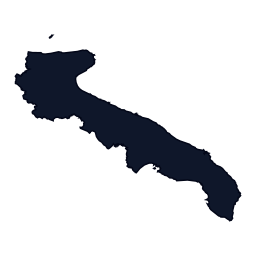 Puglia, Bari, Italy (Natural Earth projection)
{"feature_id": "23120603B69806914684511", "entity_name": "Puglia", "entity_type": "district", "adm_level": 2, "iso_a3": "ITA", "parent_name": "Italy", "parent_adm1": "Bari", "projection": "natural_earth1", "projection_center": [17.16, 41.008], "detail": "fine", "context": "isolated", "style": "filled", "palette": "ink", "viewbox_px": 256, "rotation_deg": 0, "n_neighbors": 0, "source": "geoboundaries", "source_scale": "gbopen_adm2", "svg_char_len": 5790}
<svg xmlns="http://www.w3.org/2000/svg" viewBox="0 0 256 256"><path d="M17.3,84.1L20.9,87.4L21.4,89.4L22.1,89.0L22.3,90.1L25.7,91.2L25.8,91.9L25.1,92.1L24.8,92.9L25.5,94.3L24.3,94.5L23.0,95.7L23.8,98.8L27.5,100.0L27.2,101.2L28.1,102.0L27.8,102.4L28.6,102.9L31.9,102.5L31.8,103.0L32.8,103.3L33.1,104.1L34.9,103.7L36.6,105.4L36.8,106.1L34.7,106.5L34.6,107.3L35.7,109.5L33.2,110.7L32.3,111.8L32.3,112.9L33.1,113.9L34.2,114.1L35.2,115.8L35.7,116.0L35.8,116.7L37.5,117.8L38.9,116.9L41.2,117.6L42.2,118.4L44.1,116.6L45.1,117.6L45.9,117.5L47.2,118.9L49.2,118.8L49.6,119.4L53.2,120.7L53.1,119.4L55.5,117.4L58.0,117.2L59.7,118.0L61.0,117.7L61.2,118.3L62.6,118.3L65.9,117.2L67.4,118.5L69.3,117.9L69.6,117.0L69.3,116.3L71.2,115.8L71.4,114.9L72.1,115.3L72.5,114.5L73.4,114.7L73.8,114.0L74.4,114.0L75.3,115.3L75.7,115.1L77.0,116.3L79.0,116.3L79.5,117.2L79.1,117.7L80.5,117.6L80.9,118.0L80.6,118.6L81.9,120.8L82.4,120.4L83.5,120.9L84.5,122.2L84.5,122.8L83.7,123.2L83.9,125.2L83.6,125.7L82.5,127.3L80.2,127.3L80.5,128.3L87.7,131.3L89.5,133.1L90.3,132.4L90.6,131.5L92.2,130.7L94.6,131.5L95.4,132.3L96.5,136.6L98.0,139.0L99.4,140.7L101.8,142.2L103.8,144.8L105.8,145.9L107.4,148.4L108.6,148.7L110.0,147.7L112.1,145.8L113.4,143.8L114.1,144.9L114.7,145.1L114.4,146.0L115.7,146.8L116.1,146.7L115.5,146.1L115.9,145.5L115.3,145.2L115.6,144.6L116.7,144.2L117.3,145.6L117.6,145.8L117.7,145.3L117.9,145.8L118.2,145.4L117.6,144.0L118.3,143.7L119.2,144.6L121.7,144.5L122.1,144.7L121.9,145.3L122.9,145.3L122.9,145.9L123.5,145.8L123.6,144.9L124.2,145.7L127.4,147.6L126.4,148.3L126.2,147.8L125.7,148.5L126.7,149.6L127.6,149.7L126.5,154.0L126.7,155.4L127.6,156.5L126.6,157.2L127.0,157.9L126.2,160.2L127.4,161.7L126.9,162.6L128.2,163.9L127.1,166.1L128.6,167.3L129.2,166.8L129.3,167.5L131.0,167.8L131.1,167.3L132.3,167.9L132.7,169.8L134.4,171.6L135.0,171.6L135.3,172.3L135.7,171.9L136.4,172.6L139.8,168.4L144.4,164.9L149.0,163.1L151.9,163.0L154.0,163.8L153.8,164.9L155.0,164.0L154.5,164.8L155.2,164.4L155.9,165.3L156.1,165.1L156.0,166.2L156.8,166.2L156.8,166.3L157.0,166.7L156.8,166.3L157.2,166.5L157.2,166.2L158.4,166.6L158.3,166.2L159.0,166.0L158.8,166.5L160.3,167.5L160.6,168.6L160.3,168.8L160.8,169.2L160.3,169.0L160.2,169.7L159.4,170.5L157.9,170.7L157.6,171.8L158.9,171.7L162.2,173.5L162.3,174.1L163.5,174.0L164.3,175.1L167.1,175.8L169.6,177.8L172.6,178.0L173.6,179.0L175.9,179.5L176.7,180.7L187.5,180.0L196.1,181.1L197.7,181.9L198.1,181.4L199.0,181.6L199.5,182.6L200.5,182.8L200.9,183.9L201.2,183.5L201.9,184.0L202.0,185.0L201.2,184.2L203.1,186.5L202.6,188.2L203.1,189.5L205.2,191.5L205.5,192.4L206.2,192.3L206.5,193.1L207.0,192.9L208.4,195.4L208.6,197.3L207.9,198.8L206.1,199.7L207.7,200.0L208.9,201.5L209.1,202.8L208.8,203.7L208.2,204.4L207.4,204.0L208.6,206.3L209.5,207.0L209.7,208.1L210.9,209.7L218.7,215.9L219.4,215.9L220.9,217.0L224.9,217.1L227.8,219.2L228.5,219.3L229.7,220.7L230.7,220.0L230.5,220.4L231.2,220.3L232.6,218.3L232.1,216.6L233.1,212.8L232.5,211.3L234.0,204.7L234.6,203.9L235.1,204.1L235.3,202.1L237.8,200.5L238.3,197.6L238.6,197.8L240.6,195.6L239.8,194.1L240.4,193.3L239.6,192.4L238.6,192.4L238.8,191.7L237.6,189.2L237.0,188.8L236.7,187.5L237.0,186.1L235.6,183.6L235.6,182.8L234.9,182.4L235.0,181.7L234.4,180.7L232.1,179.2L230.5,176.8L227.7,174.6L227.0,173.7L227.1,173.1L225.3,171.9L222.5,168.5L220.4,167.0L215.7,165.1L215.0,164.0L212.7,162.5L212.6,161.5L210.4,159.9L209.9,158.9L210.5,156.8L208.7,154.6L208.6,153.7L209.1,153.3L207.6,152.8L206.5,152.7L207.0,153.0L206.6,153.2L206.0,152.6L205.8,153.0L204.7,153.1L204.7,153.7L204.5,154.0L204.2,153.3L203.1,153.5L204.6,153.1L205.3,151.7L205.6,151.7L205.6,152.3L205.9,151.7L207.5,151.6L204.7,151.6L203.6,149.8L203.0,150.4L197.5,149.4L195.0,148.0L195.1,147.5L191.6,146.0L189.5,144.3L180.0,141.0L176.2,139.2L170.7,135.2L169.2,133.5L166.8,132.5L165.8,130.7L163.6,128.4L164.0,128.4L163.2,128.3L161.8,127.0L161.4,127.2L159.6,125.5L157.7,125.0L156.1,123.0L153.3,121.9L151.2,120.7L151.1,120.1L151.1,120.6L148.2,118.9L142.2,117.5L140.3,116.3L137.2,115.4L136.8,115.1L137.2,115.1L136.7,114.8L136.8,114.0L136.5,113.8L135.2,113.4L136.7,114.0L136.0,114.2L136.5,114.4L136.3,114.8L135.6,114.9L135.1,114.4L135.5,113.8L134.3,114.3L132.8,114.0L130.8,112.4L125.7,111.1L124.2,109.9L121.3,109.8L119.1,108.3L119.5,108.9L118.6,108.6L119.0,108.1L118.4,108.4L115.4,106.2L110.2,104.4L108.6,102.7L108.4,103.1L108.3,102.8L108.6,102.6L107.2,102.6L104.6,101.0L101.2,100.0L100.5,99.6L100.6,99.2L100.6,98.7L100.5,99.7L100.0,99.5L100.2,98.8L99.7,99.5L98.5,99.1L95.0,96.6L92.1,95.6L90.5,94.3L90.5,94.6L90.0,94.5L81.9,90.6L79.3,88.6L77.4,86.1L76.0,82.5L75.5,78.9L76.1,76.3L77.3,76.1L76.7,75.9L77.3,75.4L77.5,76.1L77.4,75.3L78.7,74.4L86.3,70.4L86.8,69.0L89.5,67.4L89.8,66.8L91.2,66.5L91.5,65.9L92.5,65.5L92.7,64.6L93.9,64.2L94.3,63.4L94.0,62.8L94.5,62.6L94.4,60.2L94.7,59.9L94.0,59.8L94.2,59.0L93.8,58.9L93.2,57.3L93.3,55.7L93.9,55.4L93.1,55.2L93.5,54.8L92.4,54.9L91.8,53.4L89.8,52.9L87.5,50.8L86.1,50.2L83.9,50.5L83.0,50.1L77.4,51.5L64.0,53.0L61.9,52.9L61.4,52.3L58.5,51.8L51.0,53.4L45.3,54.1L42.4,53.9L41.0,52.7L32.5,52.6L28.4,51.9L27.9,54.1L28.5,55.7L27.5,56.4L27.1,57.7L26.1,58.3L25.9,59.3L26.8,60.6L27.0,61.9L26.8,62.8L25.9,63.4L25.7,64.6L26.9,66.0L26.0,66.0L25.9,66.5L27.1,68.3L29.7,69.1L26.9,70.4L26.2,71.0L25.9,72.1L25.2,71.3L24.9,71.8L25.2,72.1L23.9,72.6L23.8,73.2L22.7,73.2L22.2,74.2L22.3,74.8L21.4,74.7L21.1,76.0L20.0,76.0L19.7,75.4L18.9,75.4L18.8,74.8L17.0,74.1L15.4,76.2L16.6,77.1L16.0,77.6L16.4,78.3L16.0,79.5L16.3,79.9L15.5,81.7L15.5,83.5L17.3,84.1ZM121.8,144.1L122.5,144.4L122.5,144.6L121.7,144.5L121.8,144.1ZM50.6,36.5L49.5,37.4L49.6,37.9L50.5,37.7L50.9,36.8L50.6,36.5ZM155.3,168.6L154.9,167.8L153.7,168.4L154.4,168.9L155.3,168.6ZM52.5,35.3L51.7,35.3L51.6,36.1L52.5,35.3ZM51.4,36.9L52.2,36.1L51.2,36.8L51.4,36.9Z" fill="#0f172a" stroke="#020617" stroke-width="1.5"/></svg>